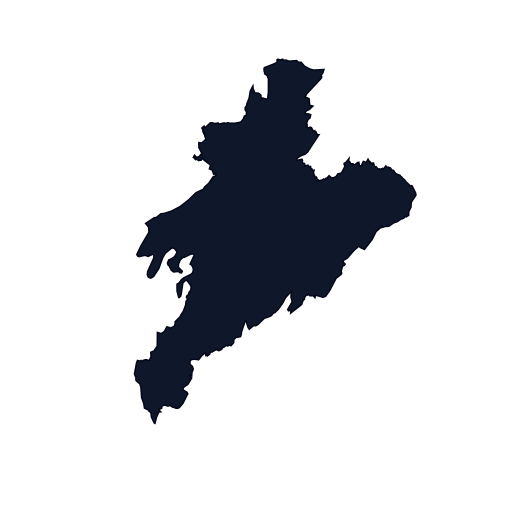 outline of Skedsmo nor, Akershus, Norway, rotated 120°
{"feature_id": "86288312B89021281635202", "entity_name": "Skedsmo nor", "entity_type": "district", "adm_level": 2, "iso_a3": "NOR", "parent_name": "Norway", "parent_adm1": "Akershus", "projection": "robinson", "projection_center": [11.011, 59.991], "detail": "fine", "context": "isolated", "style": "filled", "palette": "ink", "viewbox_px": 512, "rotation_deg": 120, "n_neighbors": 0, "source": "geoboundaries", "source_scale": "gbopen_adm2", "svg_char_len": 6132}
<svg xmlns="http://www.w3.org/2000/svg" viewBox="0 0 512 512"><g transform="rotate(120 256 256)"><path d="M283.0,367.9L284.8,363.3L288.9,360.6L304.8,360.7L314.3,360.0L315.3,358.3L315.0,356.9L310.9,352.5L310.3,349.2L306.0,346.2L306.3,345.0L307.9,343.9L310.0,343.4L323.5,342.1L326.5,340.8L328.2,338.6L328.0,336.6L327.6,335.9L324.8,334.4L315.4,333.9L304.2,335.9L299.0,335.9L291.6,333.1L290.6,332.1L290.3,330.1L292.1,326.2L297.2,326.2L300.6,327.8L303.0,329.6L306.3,329.2L307.7,327.8L308.0,326.3L310.7,322.2L311.0,319.3L308.2,315.6L308.5,313.5L307.8,312.0L306.0,312.2L304.9,316.6L304.0,318.0L301.3,319.2L297.3,319.6L293.3,318.4L293.1,317.5L287.1,313.5L285.6,311.4L285.8,310.0L296.0,309.0L296.0,307.3L297.7,304.6L299.7,303.1L302.2,302.6L304.2,303.1L311.3,307.8L314.5,308.9L317.7,309.1L319.6,310.3L320.5,310.0L325.8,306.9L330.6,302.2L330.5,301.8L328.5,301.2L326.6,301.6L316.1,305.8L313.2,305.2L311.9,304.0L311.9,303.0L314.1,298.0L315.5,296.5L318.5,295.4L320.8,295.9L323.1,295.2L325.3,296.0L326.7,295.5L326.9,294.5L328.2,293.6L330.4,293.9L333.7,292.4L340.3,291.3L345.1,291.6L345.3,291.1L353.4,293.2L355.2,292.1L357.5,291.6L361.3,294.0L361.1,294.9L361.9,297.8L367.0,297.6L370.1,299.0L370.7,299.8L371.5,303.2L383.4,296.5L389.3,296.9L392.0,299.0L395.8,296.5L399.9,296.3L400.8,299.6L402.9,301.6L403.7,301.6L404.2,302.4L403.9,303.3L404.9,303.7L405.7,306.4L408.1,306.1L418.9,302.3L421.5,299.1L423.8,297.7L424.7,294.1L424.1,292.8L425.5,292.1L426.7,290.4L435.9,284.2L439.7,279.6L443.5,276.5L443.2,272.4L444.0,270.8L444.1,268.8L447.9,265.9L451.5,260.7L451.5,259.8L445.1,261.6L439.8,262.1L438.6,260.6L438.2,262.2L437.0,263.2L435.2,261.6L433.3,262.3L431.7,261.6L430.8,260.6L430.0,257.1L428.5,255.9L428.6,252.0L427.7,251.0L428.1,249.9L427.3,248.0L425.7,246.6L420.2,245.6L409.4,246.2L408.5,247.7L408.4,251.6L407.8,253.0L405.7,252.9L401.0,250.8L393.8,250.7L392.7,253.8L392.2,254.1L391.9,251.7L389.3,253.1L385.3,253.8L383.4,255.9L382.9,258.5L382.0,259.6L380.1,260.5L378.0,260.2L375.9,257.3L374.6,253.8L368.9,253.0L364.7,251.1L367.2,249.7L366.1,249.0L366.9,248.2L364.4,247.1L362.0,247.4L361.2,246.1L356.9,243.7L356.6,240.8L353.9,239.0L352.5,239.4L350.7,238.0L348.4,237.3L348.2,235.7L346.0,234.0L346.2,232.8L342.2,232.0L339.9,233.3L336.7,232.8L333.6,229.1L330.4,229.8L329.5,230.5L317.8,232.8L316.8,232.5L321.6,227.5L322.8,225.2L318.5,223.7L316.1,221.9L316.5,221.3L314.4,220.1L305.7,217.6L301.6,213.9L299.9,212.9L297.0,212.5L295.5,211.3L291.2,210.1L283.3,209.3L277.4,209.6L270.2,208.1L269.5,207.5L274.2,205.1L277.4,201.8L286.6,201.8L287.2,200.4L286.1,199.3L286.3,198.2L288.1,197.4L275.2,192.2L271.4,193.0L268.9,192.5L267.7,193.3L264.5,192.8L264.2,191.9L262.9,191.4L263.5,189.9L263.3,189.0L261.8,186.6L262.6,184.1L260.2,184.9L258.2,177.3L256.2,175.6L249.2,174.9L235.2,175.5L229.7,173.2L228.1,173.1L226.5,174.7L222.1,175.8L221.1,175.9L220.0,174.9L218.6,174.7L218.0,175.5L218.1,176.7L217.5,177.8L215.5,177.8L212.1,175.8L202.4,174.0L195.9,171.8L196.5,170.1L196.1,165.4L183.9,163.7L174.9,164.2L169.6,162.5L165.4,158.3L163.9,155.8L158.7,153.5L155.5,150.7L150.8,148.6L150.9,148.1L149.4,147.0L147.2,146.5L146.9,145.3L144.4,144.1L141.2,145.9L136.2,146.2L132.0,148.4L123.3,147.9L121.5,149.4L117.4,155.6L117.2,156.3L118.2,157.0L116.7,163.3L115.7,165.5L115.4,168.0L114.7,169.3L114.8,170.3L114.0,171.8L114.6,173.9L114.6,176.7L113.1,179.7L113.6,181.3L112.5,183.7L112.6,184.5L113.2,185.1L112.9,186.1L113.8,186.8L113.1,188.7L117.2,189.1L116.8,190.2L118.8,191.6L118.7,192.6L119.7,193.9L118.6,196.6L119.1,197.2L119.0,198.3L116.7,200.8L116.9,201.3L118.3,201.3L117.8,202.6L118.0,203.7L117.3,204.4L117.6,204.8L116.1,207.4L119.9,207.4L120.4,210.4L125.2,209.9L126.1,211.5L123.4,213.8L124.2,214.7L127.7,216.2L128.3,217.3L127.6,218.0L128.7,220.2L127.7,221.5L127.2,223.3L125.1,224.2L129.6,224.9L131.7,226.0L132.4,225.7L133.6,223.9L139.7,223.5L142.8,224.1L142.8,225.1L143.8,226.2L147.1,226.4L149.1,227.7L150.6,229.7L149.9,232.9L154.3,233.9L154.0,234.4L155.3,234.7L155.5,236.0L156.8,236.4L158.9,238.7L159.4,239.3L159.1,239.8L159.9,240.0L159.4,240.3L159.8,240.8L158.9,241.2L158.5,242.5L157.7,242.6L157.4,243.4L158.1,244.3L156.8,245.8L157.0,246.3L154.4,248.2L152.6,248.6L153.6,249.9L152.7,250.9L152.7,252.2L151.2,253.5L152.3,254.7L151.3,256.0L151.5,256.7L153.6,258.3L151.6,260.3L152.1,261.5L151.6,262.9L150.0,263.4L149.2,264.6L152.4,268.0L151.6,269.6L147.0,267.4L143.3,264.4L140.3,263.3L119.5,262.1L120.2,263.1L119.8,264.1L120.2,264.7L118.6,265.8L118.6,267.2L118.1,267.7L118.8,268.2L118.7,269.8L117.9,270.6L118.2,271.3L117.1,272.1L117.3,273.5L119.2,275.0L119.0,275.6L117.5,277.2L116.7,277.2L116.1,278.3L114.4,278.8L111.7,279.2L109.5,278.2L106.3,279.2L106.8,282.0L108.2,284.3L107.4,285.1L105.0,284.9L102.4,283.0L97.7,281.7L98.6,284.8L93.2,288.7L93.5,291.6L94.4,293.0L90.1,293.1L69.2,288.3L67.8,288.8L68.0,289.5L67.2,289.8L63.7,289.7L60.5,290.4L66.2,299.1L67.1,302.8L67.4,308.6L65.6,313.9L66.4,314.7L66.9,316.7L66.4,318.4L70.7,324.7L71.3,327.9L72.8,330.3L72.2,331.3L73.9,332.8L74.6,335.4L75.7,335.9L77.4,334.6L79.9,335.9L88.6,342.9L89.7,342.8L92.1,341.2L93.0,339.8L93.7,339.8L94.1,338.5L93.7,337.4L94.3,336.8L94.4,335.7L95.5,335.1L95.9,334.1L108.1,327.1L113.9,324.6L115.0,325.6L115.9,329.4L117.8,329.8L114.2,332.2L113.7,335.1L115.3,338.6L112.7,342.0L110.3,343.7L115.9,343.5L122.7,340.9L128.9,340.0L130.2,339.2L132.8,339.6L134.7,338.6L136.1,336.1L139.3,334.8L140.5,336.0L144.0,335.5L147.7,336.2L151.7,340.8L154.6,346.1L154.5,346.9L156.3,348.5L156.7,350.3L158.4,351.5L158.1,351.7L160.2,353.9L159.7,355.3L162.0,358.1L162.5,360.5L163.6,362.2L170.2,364.1L169.4,365.9L172.3,366.9L173.7,364.5L174.5,364.5L176.1,362.3L175.1,362.0L177.6,360.5L179.9,357.7L185.4,359.6L186.3,362.2L188.9,360.9L190.0,359.6L190.5,359.9L194.3,354.1L195.7,353.2L195.6,354.6L198.0,354.8L200.3,356.7L199.4,359.6L202.0,359.6L202.0,358.1L202.5,357.6L202.7,356.3L201.7,355.9L202.1,353.5L200.3,351.3L197.9,351.1L198.9,349.1L200.0,340.8L203.9,339.9L203.4,336.8L206.4,333.6L205.0,332.0L206.0,331.1L206.9,331.2L208.7,332.7L216.7,333.3L221.9,335.0L224.6,335.1L231.1,339.6L241.1,342.4L251.0,346.4L259.4,351.7L264.8,356.6L267.0,359.5L272.5,361.6L273.7,363.3L283.0,367.9Z" fill="#0f172a" stroke="#020617" stroke-width="1.5"/></g></svg>